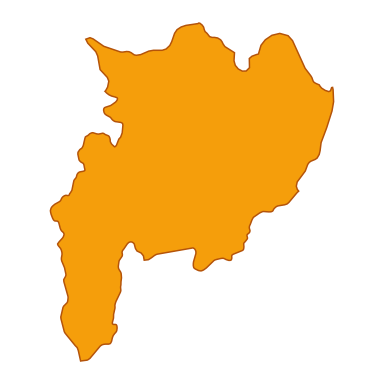 the border of Chiang Rai
{"feature_id": "THA-389", "entity_name": "Chiang Rai", "entity_type": "Province", "adm_level": 1, "iso_a3": "THA", "parent_name": "Thailand", "parent_adm1": "", "projection": "orthographic", "projection_center": [99.723, 19.722], "detail": "fine", "context": "isolated", "style": "filled", "palette": "amber", "viewbox_px": 384, "rotation_deg": 0, "n_neighbors": 0, "source": "natural_earth", "source_scale": "10m", "svg_char_len": 5540}
<svg xmlns="http://www.w3.org/2000/svg" viewBox="0 0 384 384"><path d="M198.9,23.0L200.0,23.3L202.2,25.1L203.6,27.1L204.2,29.4L205.0,31.5L207.1,33.4L209.6,36.6L212.0,37.4L214.5,37.4L217.7,38.0L220.6,39.8L222.0,41.7L223.1,44.0L224.9,46.6L234.5,52.7L234.0,60.8L235.3,65.4L238.3,69.0L242.3,71.1L246.2,71.0L249.5,67.7L249.3,58.5L251.4,56.7L252.0,56.2L256.9,54.4L258.1,54.2L258.5,53.8L261.0,45.3L265.3,39.8L271.9,35.3L279.8,33.4L288.1,35.7L292.5,40.6L305.1,68.3L310.8,75.8L311.9,77.6L313.0,80.8L313.8,82.1L315.6,83.3L319.3,84.9L320.0,86.2L321.6,88.1L325.2,90.4L328.8,91.6L330.5,90.8L331.6,87.6L332.6,87.4L333.1,89.7L333.6,101.7L332.0,111.0L326.7,127.7L321.1,142.6L320.1,150.7L319.2,154.5L317.1,158.1L315.2,159.4L310.9,161.2L309.2,162.4L307.7,164.5L305.3,171.0L302.5,174.8L297.2,181.9L296.3,186.2L297.3,189.4L298.7,191.1L297.1,192.6L288.9,202.4L287.2,203.9L286.1,204.3L284.6,204.8L278.5,205.8L277.4,206.1L276.2,206.7L274.6,208.1L273.9,208.9L273.5,209.6L273.2,210.2L272.9,210.8L272.1,211.4L271.0,211.8L268.9,211.9L263.5,211.5L262.6,211.6L261.2,212.2L259.6,213.0L254.0,216.9L253.4,217.4L253.0,218.0L252.0,219.8L250.2,224.6L249.6,225.7L249.3,227.1L249.3,228.0L249.5,228.8L249.9,230.2L250.0,230.9L249.8,231.7L249.6,232.3L249.2,232.8L248.7,233.3L247.7,234.1L247.2,234.6L247.0,235.2L247.0,236.0L247.2,236.7L247.4,237.4L247.5,238.1L247.3,238.8L247.0,239.3L245.4,241.4L244.1,242.8L243.8,243.3L243.7,243.6L243.7,243.8L243.9,246.9L243.8,247.8L243.7,248.6L243.5,249.4L243.2,249.9L242.2,250.6L233.3,254.2L232.7,254.6L232.2,254.9L231.9,255.4L231.7,255.9L231.8,257.4L231.8,258.2L231.6,259.0L231.4,259.6L230.9,260.2L230.0,260.4L228.8,260.4L226.2,259.6L224.0,258.5L223.3,258.3L222.0,258.3L220.2,258.6L216.8,259.4L215.1,259.9L214.0,260.5L206.4,267.9L204.1,269.6L202.7,270.4L201.1,270.9L199.9,270.8L198.4,270.5L195.7,269.2L194.4,268.4L193.7,267.5L193.3,265.7L193.3,263.7L193.5,261.9L195.9,253.5L195.9,252.5L195.9,251.6L195.6,250.7L195.3,249.9L194.9,249.3L194.4,248.7L193.0,247.9L157.1,254.2L155.8,254.7L154.3,255.6L151.4,257.8L148.4,259.7L144.2,260.2L143.4,255.8L141.1,253.0L137.0,251.0L135.5,248.6L135.0,246.9L134.6,245.3L134.1,243.6L132.8,242.5L131.8,242.0L130.8,241.9L129.9,242.0L129.1,242.3L128.5,242.7L128.0,243.2L127.2,244.0L123.9,248.9L122.7,250.4L122.3,251.2L122.1,252.1L122.1,253.0L122.3,253.8L122.4,254.7L122.3,255.6L122.0,256.4L119.4,260.2L119.1,261.0L118.9,261.8L118.4,265.6L118.3,266.6L118.5,268.3L119.2,269.8L120.5,271.8L120.8,272.5L121.1,273.3L121.3,275.1L121.5,277.9L121.0,281.7L120.9,284.9L120.6,286.6L120.6,287.8L120.7,288.9L120.8,289.8L120.8,290.8L120.4,292.2L115.9,301.6L115.2,303.8L114.9,305.3L115.0,307.3L114.9,308.5L113.6,314.3L113.5,318.1L112.5,322.0L112.3,323.1L112.6,323.9L113.1,324.3L114.0,324.5L114.8,324.4L115.7,324.5L116.3,324.8L116.7,325.4L117.0,326.6L117.1,328.0L116.8,330.4L116.4,331.5L115.6,332.6L114.7,333.5L113.2,335.6L112.4,337.7L111.6,341.2L110.9,342.7L110.2,343.6L109.4,343.9L108.6,344.1L105.6,344.1L103.9,344.3L102.7,344.6L102.1,344.8L100.8,345.6L100.1,346.2L90.0,358.3L88.8,359.2L88.2,359.6L87.5,360.0L86.7,360.2L80.6,361.0L78.3,350.6L77.2,347.6L75.3,345.7L65.2,333.3L64.3,331.7L61.0,318.9L60.8,317.0L63.0,307.4L63.4,306.7L63.8,306.0L67.0,302.8L67.5,301.9L67.8,300.5L68.1,297.8L68.0,296.4L63.9,281.8L63.7,279.8L64.0,279.1L65.4,276.7L65.9,275.3L65.9,274.2L64.5,267.7L61.7,260.9L61.4,259.4L61.4,258.0L62.0,254.7L62.0,253.5L61.9,252.3L61.3,250.1L60.9,249.2L60.5,248.4L58.1,245.4L57.7,244.5L57.6,243.9L57.8,243.6L59.2,241.7L62.3,238.3L62.9,237.5L63.4,236.6L64.0,234.8L64.0,233.8L63.6,232.9L62.6,231.8L62.0,231.3L61.5,230.8L60.8,229.7L60.2,228.2L58.9,223.2L58.4,222.0L57.9,221.4L57.1,221.1L55.4,221.0L54.5,220.8L53.5,219.9L52.6,218.2L51.1,214.3L50.6,212.2L50.4,210.7L50.6,209.8L50.8,209.0L51.1,208.2L51.5,207.4L52.5,206.2L54.7,204.3L59.5,201.6L60.1,201.1L60.6,200.5L61.0,199.8L61.6,198.4L62.0,197.8L62.5,197.2L63.0,196.7L64.3,195.8L65.1,195.5L65.9,195.3L66.9,195.4L67.7,195.6L68.4,195.5L69.2,195.0L69.7,193.6L70.4,192.8L71.9,190.3L73.6,181.9L73.9,180.6L74.4,179.7L75.9,177.9L76.3,177.2L76.9,174.9L77.3,174.1L77.7,173.4L78.2,172.9L78.8,172.4L79.5,172.0L80.3,171.8L83.1,171.3L84.0,171.0L84.8,170.5L84.9,169.7L84.7,168.7L84.4,167.5L84.0,165.2L83.6,164.0L83.0,163.2L81.0,162.1L80.4,161.6L79.3,160.4L78.9,159.3L77.9,154.4L77.9,152.8L78.3,151.7L79.3,150.4L79.6,149.8L80.2,149.3L80.8,148.8L81.5,148.5L82.4,147.3L83.3,145.4L84.9,138.4L85.4,136.9L86.0,136.5L88.1,135.3L89.7,133.8L90.4,133.4L91.1,133.1L91.9,132.8L92.8,132.7L93.6,132.9L96.8,133.9L98.6,134.1L102.7,133.2L103.2,133.3L103.8,133.5L104.9,134.3L105.7,134.7L108.0,135.6L108.7,136.0L109.2,136.6L109.8,138.0L110.2,139.7L110.2,140.6L110.3,141.5L110.6,142.3L111.4,143.7L111.8,144.3L114.1,146.4L114.7,146.8L115.6,146.3L116.5,145.1L118.4,140.2L118.9,139.0L120.6,137.2L122.2,132.9L122.9,125.2L122.6,123.6L122.1,123.1L121.4,122.7L120.7,122.4L115.3,121.6L114.5,121.3L113.2,120.5L112.1,119.5L110.7,117.7L110.2,117.2L106.7,115.3L105.4,114.4L104.7,113.6L104.1,112.5L103.6,110.3L103.7,109.1L104.1,108.2L104.6,107.7L105.3,107.3L110.2,105.7L110.9,105.4L115.4,102.2L116.2,101.4L117.2,99.9L117.5,98.8L117.3,98.0L116.7,97.6L115.1,97.0L111.7,96.1L110.2,95.4L108.8,94.7L106.6,93.0L105.0,91.3L105.4,91.1L107.6,87.1L108.8,81.2L107.3,77.4L100.1,69.6L97.7,56.0L95.8,51.7L87.8,43.2L85.8,39.2L90.0,37.7L93.1,38.9L103.8,46.3L120.6,52.0L122.7,52.1L126.7,51.5L129.0,51.7L131.0,52.6L134.3,54.9L136.4,55.3L140.7,54.6L148.8,51.1L153.4,50.3L162.2,50.3L166.1,49.0L169.8,45.5L171.7,41.7L174.6,33.3L177.1,29.6L181.1,27.0L185.9,25.4L197.9,23.6L198.9,23.0Z" fill="#f59e0b" stroke="#b45309" stroke-width="1.5"/></svg>